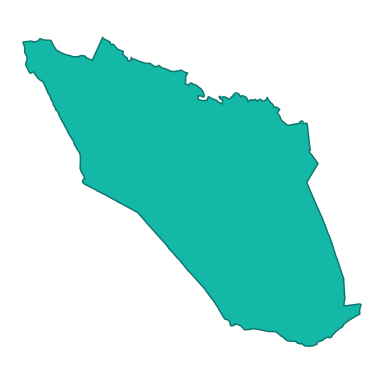 Slobozia Bradului, Vrancea, Romania (Equal Earth projection)
{"feature_id": "2599482B85877381221318", "entity_name": "Slobozia Bradului", "entity_type": "district", "adm_level": 2, "iso_a3": "ROU", "parent_name": "Romania", "parent_adm1": "Vrancea", "projection": "equal_earth", "projection_center": [27.039, 45.483], "detail": "fine", "context": "isolated", "style": "filled", "palette": "teal", "viewbox_px": 384, "rotation_deg": 0, "n_neighbors": 0, "source": "geoboundaries", "source_scale": "gbopen_adm2", "svg_char_len": 5799}
<svg xmlns="http://www.w3.org/2000/svg" viewBox="0 0 384 384"><path d="M23.0,42.1L23.3,43.6L23.9,44.9L24.7,47.3L24.8,49.7L24.8,52.4L25.3,53.7L26.7,56.2L27.1,57.7L27.0,59.9L25.7,63.6L25.7,64.5L25.8,65.1L26.1,65.9L27.5,68.4L28.6,70.8L29.6,72.7L30.0,73.2L30.2,73.3L32.0,72.6L33.0,72.1L33.5,72.1L34.7,73.7L36.7,76.5L38.4,78.6L40.2,80.1L42.7,81.6L43.3,82.4L43.8,83.4L44.4,85.0L46.1,88.4L47.9,92.8L49.1,94.6L50.2,97.0L50.5,97.5L50.8,98.9L51.8,100.5L52.8,102.2L53.1,103.2L53.2,104.4L53.6,105.3L55.2,107.2L55.1,108.0L56.0,110.1L56.3,110.4L56.5,110.3L56.8,110.4L58.4,112.9L58.9,114.7L59.7,116.5L61.1,119.2L64.7,125.7L65.9,128.0L67.1,130.0L68.5,133.4L70.5,136.4L71.9,138.8L73.2,140.8L74.0,142.5L74.4,144.3L74.8,145.1L77.5,149.9L78.3,150.8L78.8,151.5L79.9,153.7L80.2,154.8L80.3,155.8L80.4,160.2L80.1,168.1L80.6,170.0L81.5,172.0L83.2,175.1L84.5,177.2L84.7,177.6L83.5,179.3L83.0,179.8L82.8,180.3L82.6,181.4L82.6,182.0L82.8,182.5L83.7,183.3L85.2,184.5L95.5,189.6L96.3,190.2L97.2,191.0L98.3,191.3L103.1,193.8L103.8,194.0L120.8,203.4L137.6,212.4L148.9,225.4L166.3,244.8L167.9,246.8L168.3,247.7L168.5,248.1L172.3,252.1L176.9,257.5L178.8,259.2L186.0,268.0L187.9,270.5L190.0,272.5L199.2,282.7L200.8,284.7L202.3,286.1L204.6,288.8L211.0,297.7L213.0,300.0L218.3,308.1L219.7,310.8L222.4,315.4L224.3,318.3L225.1,319.2L225.6,319.4L227.3,319.6L228.0,320.0L230.0,321.8L230.1,322.7L229.9,324.0L230.4,325.3L230.8,325.7L231.6,325.9L232.3,325.7L233.7,325.5L234.0,325.4L234.2,324.8L234.5,324.7L234.7,324.4L235.1,323.7L235.4,323.6L235.6,323.7L235.8,324.1L236.1,324.3L236.4,324.4L236.6,324.2L237.1,324.3L237.7,324.6L238.6,324.7L239.0,324.9L239.3,325.3L239.9,325.5L240.4,325.9L240.8,325.9L241.2,326.1L241.5,326.4L241.8,327.0L243.2,328.3L244.2,329.5L244.7,329.7L246.1,329.8L247.9,329.4L249.9,329.5L250.9,329.3L251.5,328.9L252.5,328.7L254.4,328.8L261.1,329.9L262.2,330.3L264.8,330.7L268.1,331.5L274.1,331.6L276.3,332.0L276.8,332.2L277.2,332.9L277.6,333.2L278.3,333.5L279.3,334.2L280.7,335.8L282.8,336.9L283.2,337.0L283.9,337.4L284.1,338.1L285.6,339.5L286.0,339.6L287.5,340.9L289.2,340.9L290.5,341.3L291.3,341.3L292.5,341.1L294.3,341.4L294.9,341.3L295.3,341.4L296.0,341.6L297.2,342.8L297.9,343.4L299.7,343.4L300.1,344.0L301.2,343.6L302.2,343.6L302.4,344.1L302.9,344.6L304.8,345.9L305.4,345.9L306.1,345.8L309.7,346.4L310.3,346.0L312.2,345.9L313.4,345.8L313.7,345.6L314.0,345.2L315.3,344.7L316.0,344.5L316.6,344.6L316.9,343.2L318.9,341.4L321.5,340.8L323.0,340.0L325.1,338.3L326.7,337.5L326.7,337.4L328.4,337.0L328.9,337.5L329.9,337.7L331.0,337.3L331.5,337.0L332.3,335.6L334.4,333.1L336.3,331.2L337.8,330.1L339.2,328.9L342.3,326.9L342.1,326.7L343.0,325.8L343.4,324.7L346.4,322.2L349.9,319.7L353.9,317.3L356.9,315.6L359.7,314.2L359.8,313.9L359.6,311.2L359.7,309.9L360.2,307.3L360.6,306.4L361.0,305.2L360.8,304.4L360.5,304.2L358.6,304.0L355.8,304.5L346.6,305.7L344.3,305.7L343.8,305.2L344.2,302.0L344.8,299.1L344.8,296.6L344.5,294.4L344.1,286.8L343.7,281.6L343.7,280.4L343.8,279.1L343.3,277.3L342.2,274.7L337.1,258.9L336.1,256.9L335.1,253.4L334.4,251.5L333.2,247.1L329.7,237.0L329.0,235.3L328.2,234.0L325.8,227.1L324.2,223.2L322.5,218.7L318.5,209.8L314.0,199.6L307.9,185.3L306.8,182.3L318.0,163.6L311.7,154.8L310.4,153.3L309.4,152.5L309.1,151.3L310.2,150.5L309.7,149.5L310.2,148.9L309.8,147.6L307.4,125.5L307.0,123.5L306.7,123.3L305.5,123.2L304.9,123.2L304.1,123.6L303.6,123.5L303.2,123.4L303.0,122.8L302.8,121.5L302.7,121.2L302.0,121.0L301.4,121.1L300.0,121.8L299.8,123.1L297.9,123.6L288.1,125.4L287.3,125.2L284.0,122.4L282.9,121.7L281.1,119.6L280.6,118.8L280.0,116.7L279.5,115.7L278.5,114.4L277.5,113.2L277.4,112.6L279.6,109.6L278.7,108.6L276.1,107.1L275.0,107.2L273.8,107.0L273.5,106.1L272.8,104.6L272.3,103.9L270.9,103.0L270.4,102.2L269.1,100.6L267.9,98.9L267.3,97.6L266.8,98.2L265.7,100.1L264.0,100.9L263.3,101.0L262.3,100.7L260.4,99.3L259.2,99.6L258.6,99.9L257.7,100.9L257.1,101.1L256.7,100.4L255.6,99.9L255.0,99.4L253.7,99.9L253.2,99.9L253.1,100.4L251.1,99.9L250.1,99.9L248.2,101.7L248.1,101.2L247.3,99.7L246.9,98.5L246.4,97.4L244.8,96.5L241.8,95.6L240.8,96.7L239.5,95.5L239.1,94.8L239.1,94.4L238.2,93.4L236.7,93.0L235.5,92.9L234.4,93.9L233.5,94.6L233.9,95.0L233.9,95.3L232.6,96.1L230.7,97.7L230.1,98.7L229.7,99.1L229.2,99.2L227.1,98.0L224.8,96.9L223.6,96.8L221.5,97.3L219.8,96.7L219.4,96.4L219.2,96.5L219.2,97.3L219.5,97.8L220.5,99.1L222.5,100.2L222.7,101.0L222.5,102.2L222.1,103.0L222.1,103.9L218.8,102.4L217.8,101.6L216.4,100.2L212.5,98.9L208.4,96.6L207.1,99.8L207.2,100.4L201.7,100.6L198.9,99.5L197.9,98.9L197.7,98.5L198.0,97.8L198.4,97.0L198.5,96.4L198.2,96.1L198.3,95.8L200.1,95.8L201.2,96.1L202.3,96.7L203.2,97.0L203.8,96.9L204.2,96.2L204.1,95.3L203.3,92.2L201.8,90.0L201.2,89.1L200.0,88.1L198.8,87.3L197.5,86.2L196.1,85.2L195.1,84.7L194.4,84.6L193.3,84.2L192.3,83.6L191.2,83.1L190.3,83.0L190.0,83.6L189.4,84.7L189.0,84.9L187.0,84.4L185.1,83.7L185.9,79.9L185.5,79.3L185.5,78.4L185.7,77.1L186.1,75.8L186.9,74.5L187.5,73.1L186.6,72.9L185.1,72.4L180.8,70.0L180.0,70.5L179.4,70.8L176.9,70.9L174.3,71.7L169.8,71.0L169.0,70.3L167.6,69.7L165.1,68.7L164.1,68.4L163.5,68.4L161.5,67.6L160.1,66.4L159.1,65.4L156.4,66.8L153.0,65.8L152.4,65.0L150.6,63.7L149.3,63.2L148.4,63.5L146.7,63.4L145.0,63.1L143.8,62.8L139.2,61.2L134.0,59.1L133.4,59.2L132.0,59.0L131.7,58.4L131.8,57.9L131.3,57.6L130.8,60.3L129.4,60.9L128.4,60.9L128.0,60.5L127.3,59.0L127.0,57.8L125.3,56.8L122.4,54.0L123.3,52.4L123.2,51.6L122.7,51.1L121.4,50.6L120.2,50.3L117.6,49.2L116.7,48.3L115.7,46.9L114.6,46.0L113.7,44.4L112.7,44.3L111.5,44.7L110.1,43.0L110.2,42.1L106.6,40.1L104.9,39.5L102.6,37.6L92.4,60.1L89.3,59.2L86.3,57.7L84.9,56.0L81.4,55.5L80.5,55.6L79.0,56.4L76.4,56.8L73.2,56.7L70.2,55.6L65.5,54.6L60.7,52.5L56.5,50.1L54.4,47.1L53.1,44.8L51.0,40.4L43.7,40.0L40.3,38.7L37.6,41.0L35.2,41.9L30.1,41.1L23.0,42.1Z" fill="#14b8a6" stroke="#0f766e" stroke-width="1.5"/></svg>